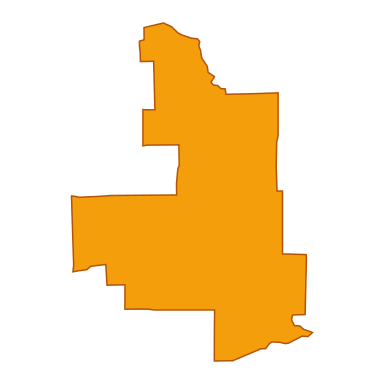 Farroupilha, Rio Grande do Sul, Brazil (Robinson projection)
{"feature_id": "56859067B57975111280948", "entity_name": "Farroupilha", "entity_type": "district", "adm_level": 2, "iso_a3": "BRA", "parent_name": "Brazil", "parent_adm1": "Rio Grande do Sul", "projection": "robinson", "projection_center": [-51.37, -29.195], "detail": "fine", "context": "isolated", "style": "filled", "palette": "amber", "viewbox_px": 384, "rotation_deg": 0, "n_neighbors": 0, "source": "geoboundaries", "source_scale": "gbopen_adm2", "svg_char_len": 1337}
<svg xmlns="http://www.w3.org/2000/svg" viewBox="0 0 384 384"><path d="M302.0,336.2L308.1,336.5L312.5,332.5L307.3,330.6L303.6,329.3L299.7,325.9L294.5,325.7L291.5,319.9L292.6,315.0L305.1,314.6L306.4,258.4L306.2,254.6L287.8,254.0L282.5,254.0L282.5,228.1L282.5,221.4L282.5,217.1L282.5,211.4L282.5,198.4L282.5,191.0L277.0,191.1L276.2,165.8L276.7,142.2L278.1,135.8L278.1,92.9L249.6,93.8L226.0,94.3L225.2,88.9L220.8,88.6L217.7,85.5L213.5,85.1L211.0,82.3L214.5,76.7L208.1,72.3L207.3,66.4L201.7,58.0L200.5,50.4L198.8,46.1L199.7,41.6L197.6,38.9L191.4,38.2L182.5,35.2L177.9,32.9L171.5,26.7L163.4,23.0L147.2,26.8L144.0,27.6L144.1,39.8L139.4,41.1L139.5,46.7L140.2,52.6L140.4,61.5L147.2,61.5L153.6,61.2L154.0,73.3L154.9,109.8L147.4,109.8L142.9,109.6L142.9,122.0L142.9,145.9L147.2,145.1L178.9,144.9L179.2,165.3L177.8,169.0L176.5,183.5L176.6,195.0L147.3,195.2L111.2,195.5L103.6,196.1L100.0,196.3L96.6,196.5L79.2,197.3L76.1,196.5L71.5,196.0L72.0,212.6L73.4,257.6L73.6,261.5L73.6,265.9L72.9,271.8L78.4,270.8L86.7,269.7L90.8,266.3L105.8,264.5L107.0,285.2L125.0,284.8L124.9,309.2L135.7,309.1L147.8,309.1L154.4,310.0L180.3,310.0L186.7,310.0L214.6,310.0L214.4,329.5L214.3,361.0L232.8,360.7L242.4,356.6L260.9,348.8L265.7,348.6L269.2,343.8L271.9,341.9L279.7,342.3L285.4,343.6L288.4,343.2L302.0,336.2Z" fill="#f59e0b" stroke="#b45309" stroke-width="1.5"/></svg>